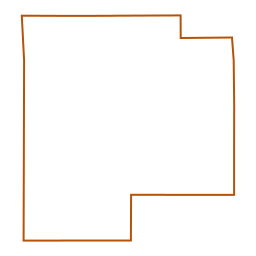 outline of Meeker, Minnesota, United States of America
{"feature_id": "52423323B82723700819743", "entity_name": "Meeker", "entity_type": "district", "adm_level": 2, "iso_a3": "USA", "parent_name": "United States of America", "parent_adm1": "Minnesota", "projection": "robinson", "projection_center": [-94.489, 45.109], "detail": "fine", "context": "isolated", "style": "outline", "palette": "amber", "viewbox_px": 256, "rotation_deg": 0, "n_neighbors": 0, "source": "geoboundaries", "source_scale": "gbopen_adm2", "svg_char_len": 305}
<svg xmlns="http://www.w3.org/2000/svg" viewBox="0 0 256 256"><path d="M23.6,240.6L130.9,240.5L131.1,194.8L234.1,194.9L234.1,149.9L234.2,105.3L233.7,60.5L232.0,37.5L180.7,38.0L180.6,15.4L117.1,15.7L108.1,15.8L73.3,15.9L21.8,15.7L24.1,60.6L23.6,240.6Z" fill="none" stroke="#b45309" stroke-width="2"/></svg>